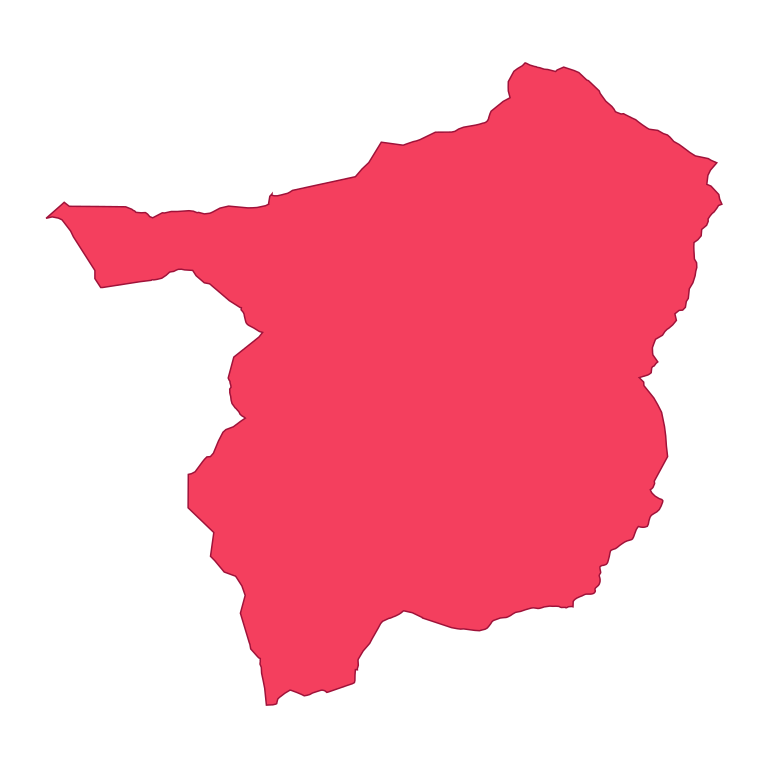 Vatra Dornei, Suceava, Romania
{"feature_id": "2599482B21734903931451", "entity_name": "Vatra Dornei", "entity_type": "district", "adm_level": 2, "iso_a3": "ROU", "parent_name": "Romania", "parent_adm1": "Suceava", "projection": "equal_earth", "projection_center": [25.347, 47.363], "detail": "fine", "context": "isolated", "style": "filled", "palette": "rose", "viewbox_px": 768, "rotation_deg": 0, "n_neighbors": 0, "source": "geoboundaries", "source_scale": "gbopen_adm2", "svg_char_len": 6070}
<svg xmlns="http://www.w3.org/2000/svg" viewBox="0 0 768 768"><path d="M579.8,596.7L582.2,595.8L582.9,595.4L585.0,594.4L586.3,594.1L589.0,594.1L590.9,594.1L592.1,593.9L593.6,593.4L594.5,592.7L595.2,591.6L595.3,590.7L595.0,590.0L595.1,588.6L595.6,587.9L598.4,585.4L599.3,584.0L600.0,581.8L600.1,579.7L599.9,578.2L599.4,576.5L599.2,575.6L599.6,574.4L600.5,573.1L600.7,572.4L600.5,571.2L600.0,568.9L599.9,567.8L599.9,567.0L600.3,566.4L601.9,565.5L603.6,565.3L604.8,564.9L606.1,564.4L607.0,563.5L607.7,562.3L608.4,559.9L609.3,556.4L610.0,552.7L610.5,551.0L611.1,550.3L612.5,549.6L615.5,548.6L617.4,547.3L619.7,545.4L621.5,544.1L624.7,542.0L627.1,540.9L629.9,540.1L631.5,539.6L632.5,538.9L633.6,536.9L634.5,534.3L636.3,529.5L637.6,527.5L638.4,526.5L640.8,527.1L643.0,527.3L644.9,527.1L647.3,526.3L648.3,524.2L649.0,520.6L650.0,517.3L651.3,515.3L654.0,513.5L656.9,511.8L659.3,509.5L661.2,505.9L662.7,501.9L662.8,500.6L661.8,499.5L659.2,498.6L655.2,496.2L653.0,494.1L651.7,492.7L650.6,490.6L650.3,489.6L651.6,488.9L653.0,487.4L654.6,483.6L654.3,481.1L667.6,456.6L666.4,446.0L665.7,435.9L664.5,426.5L661.6,412.3L657.6,404.5L653.8,397.9L643.9,385.6L643.7,382.1L639.2,377.6L647.8,375.0L649.4,374.1L651.2,372.7L651.7,368.0L652.5,366.7L654.2,365.9L656.0,363.4L657.8,361.9L652.9,354.9L652.6,352.9L652.4,347.7L653.6,344.3L655.5,339.3L662.5,335.2L664.9,331.5L667.2,329.2L668.7,328.3L672.7,324.9L676.4,320.4L674.9,313.8L679.1,310.4L682.7,310.1L685.4,307.3L686.3,301.5L688.3,298.4L689.3,288.8L692.9,282.8L695.1,275.8L695.8,271.1L696.8,267.5L696.6,262.8L694.4,259.0L694.1,253.5L693.9,250.5L693.8,246.6L694.0,242.5L697.8,239.8L701.2,235.8L701.7,229.4L706.6,225.3L708.2,221.4L708.1,218.9L710.1,215.9L712.1,213.5L714.1,211.9L717.0,208.0L718.5,205.5L721.9,204.2L719.7,199.2L718.8,194.5L711.0,186.1L706.8,184.3L707.9,175.4L710.5,170.1L716.8,162.8L711.1,160.3L708.3,158.6L703.1,157.5L695.3,155.9L689.9,152.5L684.6,148.5L679.0,144.4L673.8,141.5L670.0,137.2L667.5,135.0L663.4,133.6L657.8,130.4L649.1,129.2L646.9,127.9L642.3,124.8L638.5,122.0L635.7,119.7L632.4,118.2L624.8,114.4L623.6,113.7L621.1,114.0L617.1,112.5L615.4,111.7L613.9,109.0L611.9,106.5L605.8,101.2L600.2,93.5L599.2,90.9L588.5,80.7L586.7,80.0L578.9,72.6L574.3,70.6L563.7,67.1L557.1,70.0L555.6,71.5L547.8,69.5L544.2,69.2L539.7,67.7L537.3,67.3L535.8,66.6L535.0,66.6L529.7,65.0L526.6,63.4L525.1,62.9L522.4,65.7L517.5,68.6L513.9,71.3L508.3,81.6L508.2,87.0L508.3,91.0L509.4,95.2L510.1,97.7L503.2,101.4L491.1,111.2L490.0,113.7L488.7,117.8L488.6,118.6L487.5,120.8L485.7,122.3L484.2,122.9L482.6,123.2L481.1,123.7L479.1,124.3L475.6,125.1L463.6,127.2L458.7,129.0L455.0,131.3L451.5,132.1L435.4,132.2L419.9,139.7L416.5,140.9L413.4,141.6L406.4,144.0L403.2,145.2L381.3,142.2L368.8,162.6L362.2,168.8L355.4,176.7L292.5,190.4L289.7,192.2L287.6,193.3L283.6,194.3L281.4,194.9L277.4,195.8L274.4,195.8L271.9,195.3L272.0,193.9L271.6,194.4L269.8,196.3L268.6,203.5L268.8,204.1L265.6,205.7L257.1,207.5L252.4,207.8L247.9,207.9L228.6,206.1L220.0,208.1L212.5,212.1L210.0,213.2L204.4,213.9L198.6,212.4L197.1,212.7L193.4,211.2L189.0,210.7L177.2,211.5L174.6,211.5L171.2,211.5L164.5,213.0L162.3,212.8L152.7,217.8L149.7,216.6L147.6,214.1L145.5,212.6L144.5,212.6L141.4,212.8L137.6,212.5L135.9,212.3L134.7,211.0L133.3,210.4L131.7,209.2L125.7,206.8L97.5,206.5L69.3,206.3L64.2,202.3L61.9,204.4L46.1,218.3L52.2,216.9L58.4,218.1L62.0,219.8L70.6,231.0L73.4,236.8L94.9,270.5L94.9,278.6L100.7,287.5L102.6,287.5L140.0,281.7L151.3,280.3L151.7,279.9L152.9,279.7L153.7,279.9L156.9,279.4L161.8,278.2L166.1,275.3L169.6,272.1L171.0,271.8L173.7,271.4L176.7,269.9L178.4,269.3L180.0,269.3L181.3,269.2L184.7,269.9L192.7,270.4L196.1,275.7L204.3,282.8L209.6,283.8L229.4,300.7L240.1,307.5L241.4,307.7L241.1,309.8L242.6,311.5L243.4,312.6L244.1,314.2L244.4,316.1L244.9,318.2L245.6,321.1L246.1,322.7L247.4,324.4L248.8,325.4L253.8,328.0L259.4,331.5L262.6,332.4L259.0,337.0L233.8,357.1L228.2,378.0L229.0,379.9L229.9,381.2L230.1,383.0L230.8,385.4L231.0,387.3L229.7,389.1L229.8,390.8L229.8,392.7L230.2,394.6L230.4,395.3L230.7,396.5L231.1,400.1L232.0,403.5L235.1,407.8L236.0,408.5L237.7,410.5L238.7,411.5L239.5,413.0L240.1,414.3L242.1,416.0L242.7,416.3L244.2,417.2L245.3,418.1L240.5,421.4L233.3,426.8L225.9,429.6L223.0,432.2L218.5,440.9L213.4,453.2L210.4,456.6L206.9,456.9L206.0,457.8L204.5,459.3L202.5,461.8L195.1,471.8L191.4,473.7L188.3,474.4L188.1,507.8L213.8,532.5L210.5,556.3L214.8,560.7L224.2,572.0L235.6,576.2L236.7,577.8L241.9,585.9L245.2,595.4L240.4,613.2L249.2,642.4L249.9,644.3L250.7,648.9L256.9,655.9L258.7,657.8L260.3,658.5L260.2,660.5L260.3,661.1L260.0,664.1L261.3,667.3L261.6,673.2L263.2,680.7L264.7,688.4L266.4,705.1L268.4,705.0L272.9,704.8L275.8,704.1L276.7,703.6L277.1,701.6L277.8,699.0L279.5,697.3L280.6,696.5L284.9,693.2L289.4,690.5L290.0,690.1L291.6,690.5L297.2,692.6L301.7,694.5L304.2,695.8L307.0,695.3L309.8,694.5L312.5,693.0L316.1,691.8L320.5,690.4L322.0,690.1L324.1,690.5L325.3,691.1L326.8,692.4L328.6,691.9L347.0,685.5L352.4,683.7L354.4,682.6L354.9,680.5L355.0,674.9L355.4,669.6L357.4,669.8L357.3,668.7L357.8,667.1L358.3,665.3L358.1,661.9L358.0,660.6L358.2,659.3L360.7,655.1L363.2,650.9L369.7,643.4L372.1,638.8L378.2,628.1L380.6,623.6L382.6,621.3L389.2,618.2L389.7,618.3L391.8,617.5L393.1,616.9L394.2,616.5L395.0,616.2L395.7,615.9L396.7,615.4L398.1,614.7L399.4,614.0L400.1,613.5L400.9,613.0L403.4,610.9L403.7,610.8L412.3,612.7L422.5,617.6L422.5,618.0L432.2,621.2L437.0,622.8L441.8,624.4L451.4,627.6L457.3,628.7L460.6,629.1L463.6,628.9L474.9,630.4L479.5,630.7L481.6,630.1L485.2,629.2L487.3,628.0L489.0,626.0L490.8,623.6L491.9,621.8L493.4,620.5L500.3,618.0L504.0,617.6L506.0,617.5L507.6,617.0L510.6,615.5L512.4,614.2L515.5,612.4L517.4,612.0L520.6,611.4L525.5,609.7L531.1,608.1L533.3,607.8L536.3,608.2L538.0,608.5L539.7,608.3L541.9,607.7L544.2,606.9L549.8,606.1L552.8,606.3L556.1,606.2L558.9,606.4L560.4,607.2L561.5,607.5L563.7,607.4L565.4,607.4L565.6,607.7L566.2,607.8L566.5,607.7L567.7,607.2L568.5,606.7L570.2,606.6L571.8,606.5L573.0,606.8L573.2,601.4L573.4,601.2L574.1,600.2L575.3,599.1L576.8,598.1L579.8,596.7Z" fill="#f43f5e" stroke="#9f1239" stroke-width="1.5"/></svg>